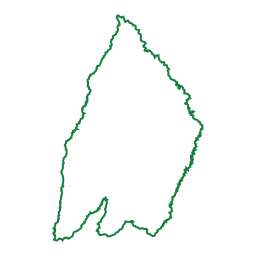 the district of Gaúcha do Norte, Mato Grosso, Brazil
{"feature_id": "56859067B19542513591026", "entity_name": "Gaúcha do Norte", "entity_type": "district", "adm_level": 2, "iso_a3": "BRA", "parent_name": "Brazil", "parent_adm1": "Mato Grosso", "projection": "orthographic", "projection_center": [-53.491, -12.873], "detail": "fine", "context": "isolated", "style": "outline", "palette": "green", "viewbox_px": 256, "rotation_deg": 0, "n_neighbors": 0, "source": "geoboundaries", "source_scale": "gbopen_adm2", "svg_char_len": 5791}
<svg xmlns="http://www.w3.org/2000/svg" viewBox="0 0 256 256"><path d="M168.9,219.2L169.9,217.9L170.4,218.0L170.4,217.2L171.2,217.2L170.5,214.1L169.5,212.6L170.9,212.3L171.1,211.4L172.0,210.8L171.3,207.6L170.4,207.1L170.9,206.1L169.7,206.0L169.6,204.6L170.3,204.8L172.2,203.7L171.0,202.3L172.3,201.0L172.6,199.3L172.2,197.9L173.3,197.3L172.8,196.8L174.9,195.5L175.1,193.7L175.9,192.9L175.7,192.2L177.0,191.2L176.3,191.1L176.1,190.2L177.5,189.1L176.9,188.3L178.5,187.4L177.9,186.4L179.4,185.1L178.5,184.4L179.9,184.2L179.8,182.8L179.2,182.6L179.4,181.9L180.6,181.4L180.2,180.2L181.4,179.7L181.5,180.5L182.0,180.5L181.7,178.4L182.6,178.3L183.1,176.4L184.7,175.4L184.6,174.7L183.7,174.4L183.9,173.9L183.2,173.9L184.7,173.2L185.1,172.3L185.7,172.4L185.2,171.4L186.0,170.7L184.6,169.9L186.3,168.6L186.3,168.0L187.8,169.6L187.6,168.4L190.3,166.9L190.1,164.7L191.3,164.6L190.5,162.4L191.3,161.9L192.3,162.5L192.0,160.9L192.7,160.2L192.1,159.3L192.8,159.0L191.9,158.2L191.1,159.0L190.9,155.7L192.1,155.5L192.1,156.7L192.5,156.7L192.4,154.4L193.6,154.1L192.7,152.9L194.0,153.1L193.1,151.1L194.1,150.7L193.5,150.0L194.5,149.3L195.2,150.1L195.6,149.8L194.3,148.2L196.4,146.6L195.7,145.9L195.4,144.9L195.9,144.0L195.0,143.4L194.8,141.7L196.1,140.7L196.1,139.5L197.7,139.5L196.8,138.2L197.8,138.1L198.1,137.4L199.4,136.6L198.6,135.9L199.4,135.3L199.5,134.4L200.5,135.7L200.7,135.3L200.3,131.4L201.2,128.7L202.4,129.0L202.4,125.2L200.5,124.5L200.2,122.4L198.6,121.9L198.4,120.7L193.5,118.4L193.0,117.5L193.4,116.1L192.7,115.2L190.7,114.9L190.6,114.1L193.8,111.7L192.4,111.1L189.6,112.6L189.2,110.1L189.5,108.4L188.3,109.0L187.9,108.3L188.3,105.3L186.5,103.2L185.5,103.9L185.1,103.5L187.0,101.8L186.7,100.0L187.7,100.1L188.0,98.9L190.2,98.3L189.3,96.8L189.7,95.8L187.3,93.7L184.3,93.4L184.6,90.2L183.5,89.5L182.8,87.5L181.4,86.1L180.1,86.0L179.6,88.7L178.7,88.7L178.2,87.7L179.1,85.5L178.8,84.7L178.1,84.4L176.7,85.4L176.1,85.1L176.2,83.9L177.1,82.9L176.8,81.8L175.5,81.5L174.6,80.4L170.7,79.0L170.1,76.9L168.3,75.2L168.5,72.9L167.6,70.7L169.1,69.2L166.8,67.0L166.9,65.4L164.0,64.8L164.4,62.8L164.0,62.1L161.9,62.5L159.8,60.7L158.5,57.6L158.5,55.3L156.1,55.7L154.8,57.5L153.9,54.9L152.1,53.9L151.8,52.5L149.8,50.7L148.2,50.2L147.7,51.5L146.8,50.9L144.7,50.7L144.6,50.0L146.0,48.4L145.5,47.6L143.8,47.0L143.4,45.9L145.7,43.3L144.7,42.1L141.3,41.0L140.8,39.2L141.0,35.1L140.4,34.3L139.0,33.9L138.5,32.7L139.1,30.1L136.4,29.5L135.6,28.7L135.8,26.1L134.8,25.3L133.0,25.4L132.3,23.8L129.4,22.6L128.2,20.7L127.3,20.6L126.1,21.7L125.1,21.8L123.3,16.7L121.4,17.6L120.5,16.8L119.3,16.7L118.5,15.4L117.9,15.5L116.8,16.3L116.9,17.8L119.2,22.2L119.6,25.2L118.1,25.5L117.7,26.4L117.5,27.9L118.1,29.5L117.3,31.9L116.5,32.0L116.1,34.2L113.0,36.1L113.1,38.3L111.3,39.9L111.6,40.2L111.0,41.8L111.8,44.9L111.3,45.9L110.2,45.9L110.8,47.9L110.4,48.8L108.0,50.4L106.8,52.4L105.5,52.6L105.8,53.3L104.7,55.8L103.5,56.2L103.6,57.8L102.5,58.4L101.5,59.9L101.5,60.9L100.0,64.6L98.7,66.0L97.5,65.8L97.0,66.5L96.6,67.4L97.2,68.4L96.3,69.3L95.7,71.4L94.3,72.2L93.8,73.5L92.5,73.5L91.6,74.6L90.4,74.6L90.2,76.3L89.5,76.3L88.7,78.0L88.8,79.2L87.6,79.9L87.6,81.8L88.2,82.3L87.7,86.5L89.0,87.0L89.0,89.0L90.3,89.7L90.5,90.9L89.1,94.0L87.9,94.7L86.9,96.9L87.5,97.8L87.4,99.0L87.0,98.9L87.4,100.7L86.7,100.7L86.1,101.9L86.8,102.6L85.5,103.3L85.9,104.7L85.4,104.6L84.8,106.5L83.7,106.2L82.5,107.7L82.8,109.1L82.0,109.4L82.5,112.2L84.0,113.2L83.4,113.3L83.4,114.8L82.8,115.0L83.2,116.9L82.5,117.4L82.5,118.4L81.1,118.8L80.3,119.9L79.8,122.1L79.0,122.2L79.2,123.3L76.7,124.4L77.3,126.1L75.9,127.8L76.8,128.6L76.3,128.5L74.7,130.9L74.7,130.2L73.0,131.0L73.2,131.9L71.9,132.9L72.5,134.5L71.7,135.6L71.4,137.7L70.9,137.6L69.6,139.5L68.1,140.0L67.6,141.0L66.1,141.2L65.9,143.2L64.7,145.0L65.7,146.9L65.8,149.6L66.6,149.9L66.6,153.6L65.7,156.2L64.1,157.8L63.4,159.6L63.1,161.1L63.8,163.0L62.8,164.3L63.0,167.8L61.2,172.7L62.3,174.4L63.3,178.4L63.2,182.4L62.5,185.1L63.3,186.3L62.7,186.9L62.2,186.7L61.2,188.3L61.6,189.5L61.1,190.5L61.9,191.5L62.0,193.1L61.3,195.9L61.6,196.4L60.8,197.5L61.1,198.5L60.0,201.5L60.6,202.3L60.1,203.0L60.5,203.4L60.1,204.2L60.4,205.9L59.8,206.7L60.4,207.7L59.8,208.2L60.1,209.1L59.6,211.4L58.6,212.4L59.2,215.2L58.2,216.0L58.8,217.8L58.3,218.6L58.7,219.3L58.0,219.6L57.9,221.8L55.2,223.8L55.2,226.2L53.6,228.4L54.7,228.5L55.2,229.6L54.6,230.1L55.1,230.9L54.9,231.9L53.7,232.4L53.6,233.0L54.4,232.7L53.9,234.6L55.0,235.0L54.7,236.3L55.3,237.4L54.0,239.7L57.0,240.6L59.1,238.6L62.0,239.3L62.5,240.3L64.5,237.8L67.3,237.8L68.5,238.7L72.4,236.3L73.8,232.2L77.6,230.7L81.4,227.8L81.2,225.7L84.4,222.7L84.3,222.2L84.9,222.3L85.7,219.6L87.2,217.9L87.1,216.1L88.1,216.1L89.2,214.1L90.2,213.6L90.4,212.5L91.0,213.2L92.6,213.2L94.9,211.7L96.4,211.5L96.5,210.6L98.2,210.3L97.9,208.9L98.3,208.2L99.6,208.5L99.4,207.8L100.2,205.8L101.0,205.3L100.8,204.3L101.8,204.2L102.4,202.3L101.9,202.1L102.8,199.9L103.5,199.7L103.6,198.7L105.1,198.5L105.6,197.7L106.2,198.9L105.7,199.6L107.1,200.0L106.1,200.7L107.0,202.6L105.7,206.7L106.0,207.5L104.9,209.0L105.9,211.7L104.2,215.6L101.0,219.9L100.8,221.8L99.1,222.3L98.6,223.7L97.8,224.1L99.1,225.1L99.6,227.8L98.6,227.9L96.7,230.7L97.4,231.2L98.2,230.8L98.7,231.7L98.3,232.8L99.6,235.1L104.5,234.3L106.4,234.6L107.2,236.1L109.2,236.4L114.8,234.3L116.3,232.4L117.8,232.2L119.9,229.5L121.9,229.0L123.2,225.5L125.6,222.4L125.4,221.5L130.6,222.0L131.6,220.9L133.3,221.5L132.1,223.1L133.9,226.0L135.4,226.1L136.1,227.1L138.2,227.6L139.3,228.7L142.6,228.2L143.4,228.8L146.5,228.9L147.2,229.5L146.9,232.6L147.6,233.5L149.4,233.9L152.5,236.0L154.5,235.8L155.5,233.4L157.8,231.5L157.4,230.3L161.1,228.2L161.5,226.5L163.0,225.8L162.9,224.7L164.0,223.8L163.6,223.3L164.7,222.4L164.6,221.6L165.6,221.9L165.2,221.2L166.8,220.6L166.6,220.0L168.9,219.2Z" fill="none" stroke="#15803d" stroke-width="2"/></svg>